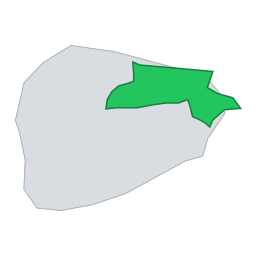 Canillo highlighted on a map of Andorra
{"feature_id": "AND-4879", "entity_name": "Canillo", "entity_type": "state/province", "adm_level": 1, "iso_a3": "AND", "parent_name": "Andorra", "parent_adm1": "", "projection": "robinson", "projection_center": [1.655, 42.581], "detail": "fine", "context": "in_parent", "style": "filled", "palette": "green", "viewbox_px": 256, "rotation_deg": 0, "n_neighbors": 0, "source": "natural_earth", "source_scale": "10m", "svg_char_len": 752}
<svg xmlns="http://www.w3.org/2000/svg" viewBox="0 0 256 256"><path d="M202.7,156.0L185.0,161.2L125.7,193.5L92.0,204.8L61.2,210.5L37.1,208.1L23.8,189.2L25.2,160.3L19.9,134.2L15.4,120.2L24.1,82.6L43.7,62.2L71.1,45.5L114.0,51.6L205.1,75.8L224.1,98.4L224.7,113.6L207.8,138.3L202.7,156.0Z" fill="#d9dde1" stroke="#a8b0b8" stroke-width="1"/><path d="M132.8,62.0L139.8,65.0L212.9,71.5L207.3,87.6L217.7,93.6L232.7,97.8L238.1,105.0L240.6,108.4L224.5,109.7L212.7,120.1L209.8,127.0L205.4,123.1L199.2,119.5L192.5,116.6L190.1,106.6L187.7,99.5L178.6,103.0L166.2,103.0L152.8,104.8L137.5,107.8L125.0,107.8L116.0,107.8L105.9,108.9L107.3,99.5L111.7,91.9L118.4,86.0L127.0,83.6L133.7,81.2L133.7,74.2L132.8,62.0Z" fill="#22c55e" stroke="#15803d" stroke-width="1.5"/></svg>